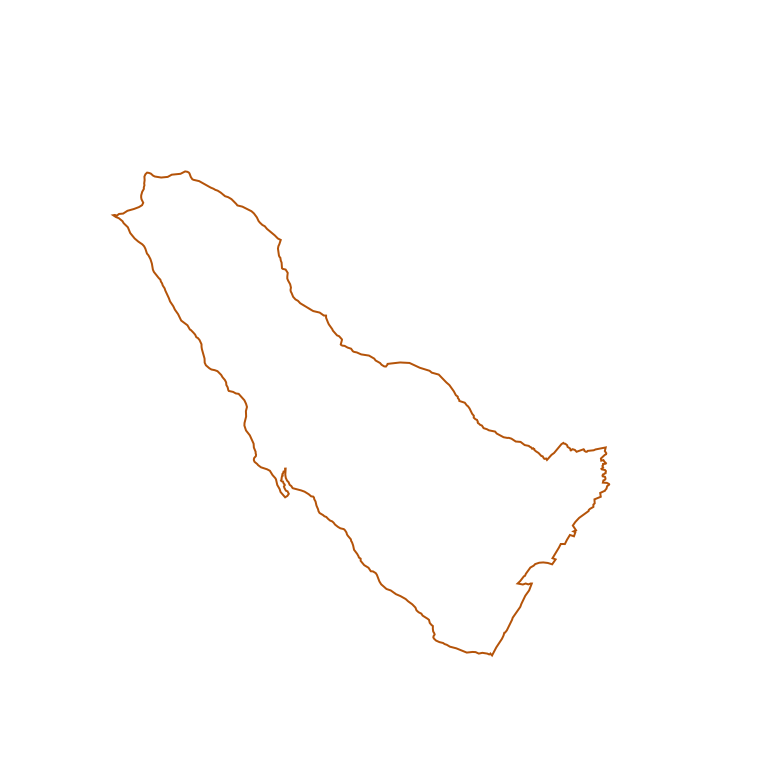 Scundu, Vâlcea, Romania, rotated 335°
{"feature_id": "2599482B73493695377242", "entity_name": "Scundu", "entity_type": "district", "adm_level": 2, "iso_a3": "ROU", "parent_name": "Romania", "parent_adm1": "Vâlcea", "projection": "albers", "projection_center": [24.173, 44.858], "detail": "fine", "context": "isolated", "style": "outline", "palette": "amber", "viewbox_px": 768, "rotation_deg": 335, "n_neighbors": 0, "source": "geoboundaries", "source_scale": "gbopen_adm2", "svg_char_len": 6146}
<svg xmlns="http://www.w3.org/2000/svg" viewBox="0 0 768 768"><g transform="rotate(335 384 384)"><path d="M556.2,540.7L555.8,538.1L558.1,535.2L548.0,532.7L546.1,532.7L540.3,530.7L539.5,531.1L538.5,530.9L537.4,529.4L537.6,528.0L537.3,527.5L529.9,526.8L529.1,524.4L527.4,522.8L525.3,523.2L525.1,523.0L525.4,521.5L525.2,520.7L523.8,518.6L524.1,516.9L523.0,514.7L522.1,514.3L521.7,513.2L519.4,513.5L509.0,518.4L505.9,519.0L499.6,521.7L499.4,520.0L498.0,519.8L497.5,519.2L497.2,516.5L496.2,515.8L494.9,511.8L493.3,509.3L492.4,507.3L492.7,506.4L492.1,505.8L492.0,505.3L490.9,505.3L490.6,503.7L489.4,502.2L489.1,501.3L485.7,498.8L483.3,494.2L479.1,491.8L476.4,487.4L474.3,485.5L473.0,485.0L469.9,482.8L465.2,476.5L464.6,474.1L459.5,470.3L458.2,468.5L455.6,466.1L455.2,463.1L453.7,461.4L453.4,460.2L452.7,459.3L452.7,458.3L453.2,457.5L453.0,456.5L453.1,455.8L452.0,454.6L451.1,452.4L452.0,450.7L451.3,448.3L451.2,442.4L450.7,439.7L450.0,438.4L449.3,435.1L445.1,431.2L445.5,429.9L445.0,427.9L445.5,426.6L444.4,424.5L444.2,420.2L442.8,412.6L441.2,409.0L437.6,398.6L432.1,393.9L430.9,391.3L423.3,384.4L416.0,375.7L407.7,371.3L395.8,367.3L395.5,367.8L393.1,369.0L391.6,368.1L389.9,365.5L389.3,363.3L386.3,359.1L385.9,356.9L382.4,351.9L375.8,347.5L372.7,343.9L370.4,342.2L369.6,341.1L369.1,338.1L366.4,335.6L364.4,332.8L362.6,331.7L361.8,330.8L361.5,329.9L364.6,326.2L364.7,325.7L363.5,321.7L362.0,320.1L360.2,313.9L360.3,312.6L359.2,306.6L359.2,304.7L359.5,299.5L360.4,297.5L358.4,296.5L355.9,292.1L350.7,288.0L349.5,286.3L342.2,275.4L341.2,272.3L339.5,269.9L338.5,266.6L338.7,262.3L338.6,260.9L339.0,259.3L340.4,257.3L341.1,253.9L340.8,249.9L340.9,247.6L341.8,245.7L343.7,242.6L343.2,238.7L340.8,236.8L340.5,235.9L342.5,230.7L342.6,228.6L343.4,225.8L343.0,224.4L343.1,223.1L345.1,216.5L346.6,214.4L348.1,213.2L351.3,209.8L349.3,207.3L347.7,202.9L343.5,194.0L342.6,190.6L341.0,188.5L339.7,185.2L339.2,183.2L339.2,179.3L338.2,174.4L336.9,171.4L330.6,163.4L326.6,160.2L326.2,158.4L323.9,152.0L321.7,148.8L319.3,146.6L316.9,141.5L314.9,138.4L313.2,136.8L312.0,135.0L309.9,132.7L302.2,122.0L297.6,118.4L296.8,117.4L296.4,114.7L296.7,110.9L296.4,109.8L295.5,108.6L293.6,107.3L288.4,107.5L280.1,104.6L275.5,104.9L269.3,102.7L264.0,99.1L262.8,97.6L261.6,94.8L260.1,93.3L258.6,92.3L256.4,93.1L254.5,94.8L253.2,98.1L251.4,100.9L250.9,102.6L249.4,104.3L248.8,105.7L246.1,107.6L243.7,110.4L242.8,112.2L242.3,114.1L242.4,118.0L240.3,119.7L236.7,120.1L231.3,119.7L224.7,118.6L219.6,119.3L215.7,117.9L213.1,118.5L211.4,117.0L209.9,116.6L211.6,119.4L213.7,121.6L215.8,125.9L216.0,128.2L218.1,133.7L217.8,139.9L219.5,146.7L221.5,151.1L224.0,155.3L224.8,157.8L224.9,160.5L224.3,165.6L224.9,167.8L225.1,172.1L224.5,176.8L222.9,182.6L222.8,185.1L224.6,192.7L225.4,194.9L225.1,196.9L225.4,199.0L225.1,201.2L225.6,204.6L225.3,206.8L225.3,215.4L225.0,218.8L225.9,224.5L225.9,228.2L226.9,233.7L227.0,240.8L230.7,247.7L231.1,252.6L231.7,253.3L232.9,256.7L233.7,259.4L233.7,262.3L234.7,263.6L235.4,266.1L235.4,270.8L234.3,273.3L233.7,275.4L232.1,285.1L230.5,288.9L230.5,291.8L232.4,296.0L233.7,297.9L236.4,299.9L238.5,302.0L240.3,307.0L240.5,309.6L241.5,313.2L241.6,315.8L240.7,318.3L240.9,320.9L240.3,323.7L240.4,324.7L243.9,327.4L245.7,329.9L248.1,331.5L250.6,339.7L250.6,343.6L250.1,346.9L247.4,350.2L245.3,355.2L241.1,360.4L239.9,362.7L239.3,367.8L240.7,373.8L240.6,383.0L239.2,386.6L239.0,391.2L238.4,392.5L238.2,393.9L237.4,395.2L235.1,396.2L234.3,397.1L233.8,398.3L233.8,399.9L235.3,403.0L235.6,404.3L237.3,407.5L242.0,411.9L243.9,414.4L244.5,419.5L245.7,423.4L245.8,424.8L244.6,430.4L245.0,435.0L244.6,438.2L246.5,444.9L249.1,444.6L251.3,443.3L251.2,440.5L250.0,439.2L249.8,436.1L250.0,434.5L251.3,433.8L251.5,433.1L251.0,431.8L251.2,429.7L250.3,429.1L249.8,428.0L251.1,426.9L251.2,426.3L252.7,424.3L253.2,424.3L253.2,424.0L253.7,423.7L253.6,423.1L253.8,422.7L255.0,422.1L256.0,420.9L257.5,421.3L258.6,418.9L259.1,419.1L256.2,424.5L255.3,427.6L255.3,430.6L256.0,432.6L255.9,435.5L256.9,437.4L257.1,439.4L257.3,439.9L263.9,445.4L266.5,448.0L269.2,452.1L270.5,455.0L272.3,456.2L272.5,457.4L272.1,459.1L272.3,461.5L271.4,465.7L271.3,469.6L270.9,471.7L271.1,473.7L273.4,477.1L274.1,478.7L275.5,480.1L276.4,482.8L277.5,485.1L278.9,486.5L279.7,488.3L280.2,490.7L281.8,493.9L283.4,496.3L286.2,498.5L286.8,499.9L287.2,502.7L286.9,504.5L287.0,505.9L288.3,510.7L287.9,512.6L288.1,514.0L287.8,517.2L286.8,521.6L287.9,526.7L288.1,529.7L287.9,530.6L289.0,532.4L288.1,534.4L289.5,539.8L292.3,544.0L292.9,548.1L294.8,549.2L296.6,551.9L296.9,554.0L296.4,561.0L296.8,564.4L299.6,570.8L302.9,574.0L306.0,579.5L309.3,583.2L312.8,588.1L314.0,591.1L316.5,595.6L318.0,599.9L317.8,602.9L318.9,605.5L320.8,607.9L321.1,610.2L324.3,615.2L325.1,616.8L324.5,619.9L325.2,622.4L326.0,624.0L324.8,626.5L324.0,629.1L324.2,631.3L324.0,632.5L322.3,633.5L321.6,634.6L321.7,635.9L322.7,638.5L325.1,641.3L328.1,643.7L329.0,645.3L330.7,646.9L332.7,649.9L337.8,654.1L345.5,662.4L351.1,664.3L353.7,665.7L356.0,668.4L359.5,669.2L363.7,672.0L365.0,673.5L365.7,673.7L366.5,673.3L367.2,675.7L374.4,670.2L383.2,664.8L386.0,662.5L387.9,660.3L388.6,660.5L391.2,659.2L400.4,651.8L401.9,650.2L413.3,643.6L415.5,641.4L422.6,635.6L428.3,632.4L433.6,627.3L432.6,626.8L430.1,626.6L428.1,624.7L425.1,624.4L420.8,621.3L424.1,620.2L429.5,617.4L430.8,617.4L432.3,616.0L439.1,612.2L442.9,611.9L444.9,611.1L449.2,611.6L452.9,613.0L456.8,615.4L460.2,618.5L465.4,615.5L463.1,613.1L473.4,606.2L476.6,603.7L480.3,605.5L483.9,602.6L488.7,599.4L491.8,602.3L494.8,599.2L493.5,597.7L496.2,597.7L495.3,592.1L499.1,589.9L504.3,587.8L515.7,585.6L516.4,584.7L518.0,584.2L521.8,583.9L522.8,581.8L524.5,581.2L526.0,577.5L532.8,577.8L533.9,574.1L539.2,574.1L539.9,573.5L541.4,572.9L543.0,570.9L545.4,570.4L545.7,570.1L545.6,569.6L544.2,567.8L540.7,565.9L542.1,564.1L543.4,564.2L544.3,563.9L544.9,563.0L545.0,561.5L543.2,560.1L543.4,559.2L544.3,558.5L545.0,558.7L546.4,558.3L547.1,558.5L548.3,556.7L547.9,555.3L545.4,553.5L545.2,552.8L547.3,552.3L547.3,550.6L548.4,549.9L548.7,549.1L551.2,549.9L551.7,549.6L550.9,547.5L550.7,545.7L548.5,545.3L549.1,543.2L554.0,541.6L555.6,541.5L556.2,540.7Z" fill="none" stroke="#b45309" stroke-width="2"/></g></svg>